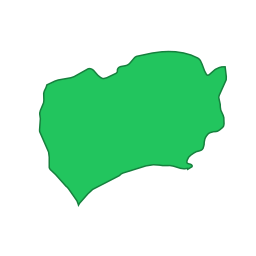 SVG path tracing the border of Gabès, rotated 107°
{"feature_id": "TUN-111", "entity_name": "Gabès", "entity_type": "Governorate", "adm_level": 1, "iso_a3": "TUN", "parent_name": "Tunisia", "parent_adm1": "", "projection": "natural_earth1", "projection_center": [9.729, 33.79], "detail": "fine", "context": "isolated", "style": "filled", "palette": "green", "viewbox_px": 256, "rotation_deg": 107, "n_neighbors": 0, "source": "natural_earth", "source_scale": "10m", "svg_char_len": 1855}
<svg xmlns="http://www.w3.org/2000/svg" viewBox="0 0 256 256"><g transform="rotate(107 128 128)"><path d="M150.0,58.8L149.2,59.2L150.6,62.3L151.2,65.9L151.2,73.5L151.6,76.8L153.8,83.8L154.3,87.1L155.7,93.0L159.0,99.8L172.5,119.6L173.9,121.1L176.0,122.3L197.0,143.8L202.6,147.1L214.1,152.3L216.2,152.8L215.7,153.1L212.6,155.5L203.5,167.1L202.4,168.8L201.8,170.3L193.7,183.6L190.5,190.1L189.6,191.2L188.7,191.8L178.9,194.8L174.2,196.9L157.3,211.4L155.7,212.0L144.8,214.5L140.4,216.5L139.2,216.8L136.7,216.9L128.6,216.1L125.9,216.6L119.7,218.7L118.3,218.8L117.0,218.8L113.1,218.2L110.5,218.2L104.5,211.6L102.5,208.8L96.7,197.4L94.7,194.6L83.1,183.5L82.6,182.6L82.3,181.5L82.3,179.9L82.6,178.8L82.9,177.9L86.4,172.3L86.7,171.6L87.7,169.0L88.0,167.6L88.1,166.9L87.9,165.9L87.3,164.8L86.1,162.9L79.1,155.3L78.3,154.9L77.7,154.7L77.1,154.7L75.1,155.2L74.4,155.1L73.7,154.9L73.0,154.6L72.4,154.1L71.8,153.5L71.3,152.8L69.3,148.9L68.4,147.5L67.9,146.9L66.6,145.8L65.1,145.0L58.6,142.2L58.0,141.7L57.4,141.2L56.9,140.6L49.2,126.7L45.3,118.1L43.0,111.6L41.2,104.9L40.0,96.8L39.8,89.1L40.7,81.8L41.1,80.5L41.8,79.3L42.2,78.7L42.8,78.1L45.5,75.7L51.0,71.5L53.6,68.9L54.0,68.3L54.3,67.6L54.1,66.9L53.5,66.1L46.8,61.9L46.0,61.2L43.5,58.4L42.1,56.1L41.1,53.0L50.2,49.0L53.2,48.2L69.8,50.3L71.3,50.3L72.4,50.1L78.5,46.7L81.1,45.8L83.8,44.5L88.1,40.7L90.1,39.4L95.9,37.4L97.5,37.2L98.6,37.2L100.0,37.8L102.9,39.7L104.3,40.9L104.9,41.5L105.3,42.1L106.0,43.6L106.5,45.1L108.3,47.9L109.5,49.2L110.9,50.0L113.4,50.9L115.2,51.2L115.8,51.3L119.1,51.0L121.6,50.4L122.9,50.3L125.4,50.3L126.7,50.7L127.7,51.4L128.9,52.9L130.7,55.8L133.0,58.0L135.7,60.1L138.3,61.5L141.6,62.0L142.8,61.9L143.6,61.7L144.2,61.2L144.4,60.6L144.5,59.9L144.4,57.8L144.5,57.0L144.8,56.2L145.4,55.6L145.9,55.5L146.3,55.5L146.8,55.9L150.0,58.8Z" fill="#22c55e" stroke="#15803d" stroke-width="1.5"/></g></svg>